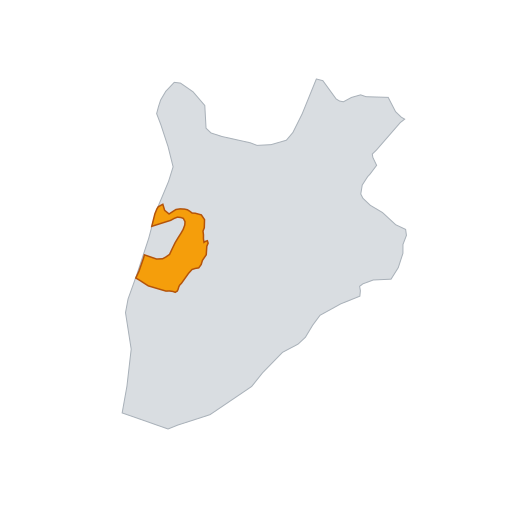 location of Bujumbura Rural within Burundi, rotated 18°
{"feature_id": "BDI-4854", "entity_name": "Bujumbura Rural", "entity_type": "Province", "adm_level": 1, "iso_a3": "BDI", "parent_name": "Burundi", "parent_adm1": "", "projection": "natural_earth1", "projection_center": [29.411, -3.493], "detail": "fine", "context": "in_parent", "style": "filled", "palette": "amber", "viewbox_px": 512, "rotation_deg": 18, "n_neighbors": 0, "source": "natural_earth", "source_scale": "10m", "svg_char_len": 1934}
<svg xmlns="http://www.w3.org/2000/svg" viewBox="0 0 512 512"><g transform="rotate(18 256 256)"><path d="M355.1,79.9L352.0,84.5L337.8,118.0L335.1,123.1L336.7,126.2L342.7,132.5L339.1,143.0L337.7,145.9L335.1,155.7L336.5,164.7L339.9,168.1L349.1,172.5L362.9,175.6L379.2,183.1L390.1,184.5L392.7,189.9L392.2,199.6L394.9,208.0L394.9,223.1L391.6,236.3L374.9,242.6L366.3,249.4L363.9,252.8L366.0,256.8L367.2,262.1L351.4,275.3L335.2,292.6L331.3,304.2L328.1,318.0L323.3,326.7L311.0,339.4L298.4,364.9L292.2,381.4L261.3,421.1L233.8,441.0L225.8,447.7L177.2,446.6L173.5,419.8L166.1,383.2L149.4,350.2L147.6,336.4L148.4,309.8L148.5,272.3L147.4,252.2L147.7,237.5L149.8,212.0L149.6,196.8L138.6,179.2L124.9,160.5L117.5,151.3L117.1,143.9L117.1,137.1L119.3,127.2L124.6,116.1L130.7,114.9L145.4,119.3L160.8,128.7L169.0,149.9L175.2,152.9L186.6,152.9L215.6,150.1L222.8,150.5L236.0,145.4L249.1,136.5L252.9,127.2L256.0,106.4L258.7,69.0L265.4,68.6L283.7,81.9L287.6,82.8L291.5,82.3L297.8,75.7L305.7,70.4L311.4,70.5L332.7,64.3L344.1,75.6L351.3,79.1L355.1,79.9Z" fill="#d9dde1" stroke="#a8b0b8" stroke-width="1"/><path d="M147.7,260.0L146.8,247.1L147.2,241.8L147.8,239.4L151.4,235.6L155.0,240.8L160.3,242.9L165.5,236.5L169.3,234.6L173.5,233.5L176.4,233.2L179.2,233.9L182.0,234.9L185.0,234.1L191.3,233.8L195.8,237.3L198.1,245.1L197.9,248.7L199.5,252.1L200.7,255.9L202.3,259.1L203.3,257.8L205.0,256.5L206.5,258.6L206.2,261.9L208.3,270.2L206.4,276.7L206.5,281.0L205.2,285.0L202.1,286.6L199.3,288.6L197.2,293.3L193.5,305.1L192.5,307.0L192.1,309.1L192.2,311.4L192.0,313.6L190.4,315.5L187.9,315.4L184.5,316.0L181.2,317.2L162.8,317.7L152.3,314.9L148.5,314.1L149.4,306.6L149.7,292.5L149.5,289.4L162.4,289.6L168.0,287.5L170.5,284.9L173.3,281.2L174.0,275.4L175.0,268.2L176.3,262.6L177.6,257.6L178.5,253.3L178.7,248.6L177.9,245.3L175.3,242.7L172.8,242.6L169.3,243.3L166.5,245.6L163.8,248.5L156.2,253.9L147.7,260.0Z" fill="#f59e0b" stroke="#b45309" stroke-width="1.5"/></g></svg>